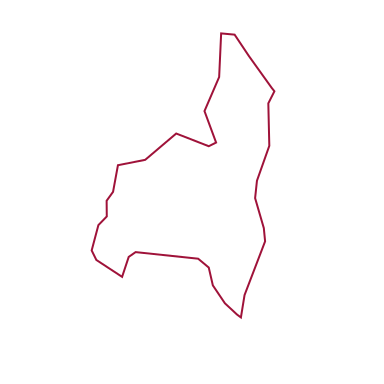 the Unitary Authority of North East Lincolnshire, rotated 67°
{"feature_id": "GBR-2056", "entity_name": "North East Lincolnshire", "entity_type": "Unitary Authority", "adm_level": 1, "iso_a3": "GBR", "parent_name": "United Kingdom", "parent_adm1": "", "projection": "natural_earth1", "projection_center": [-0.125, 53.528], "detail": "fine", "context": "isolated", "style": "outline", "palette": "rose", "viewbox_px": 384, "rotation_deg": 67, "n_neighbors": 0, "source": "natural_earth", "source_scale": "10m", "svg_char_len": 598}
<svg xmlns="http://www.w3.org/2000/svg" viewBox="0 0 384 384"><g transform="rotate(67 192 192)"><path d="M131.5,76.8L140.2,87.1L179.7,102.8L207.0,127.8L222.3,136.3L253.3,140.0L266.0,144.0L307.4,183.9L326.6,196.0L322.3,198.5L320.5,199.3L307.3,205.2L286.1,209.3L268.1,206.1L255.8,212.4L225.3,267.4L227.0,275.6L242.8,289.5L217.2,306.6L206.6,307.2L185.9,291.1L181.2,280.0L166.7,274.0L161.0,264.6L138.4,249.7L144.1,222.5L132.0,183.7L156.4,158.7L155.9,150.5L122.4,148.9L96.8,122.1L57.4,103.2L63.8,91.3L89.1,86.5L127.5,77.9L131.4,76.8L131.5,76.8Z" fill="none" stroke="#9f1239" stroke-width="2"/></g></svg>